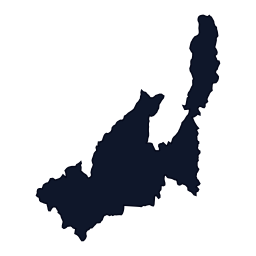 Pirajuí, São Paulo, Brazil
{"feature_id": "56859067B50435811412978", "entity_name": "Pirajuí", "entity_type": "district", "adm_level": 2, "iso_a3": "BRA", "parent_name": "Brazil", "parent_adm1": "São Paulo", "projection": "equal_earth", "projection_center": [-49.386, -21.905], "detail": "fine", "context": "isolated", "style": "filled", "palette": "ink", "viewbox_px": 256, "rotation_deg": 0, "n_neighbors": 0, "source": "geoboundaries", "source_scale": "gbopen_adm2", "svg_char_len": 5879}
<svg xmlns="http://www.w3.org/2000/svg" viewBox="0 0 256 256"><path d="M58.2,212.4L59.9,213.8L61.1,215.2L61.5,217.1L62.1,218.5L62.7,219.7L63.4,221.7L62.5,225.6L62.5,227.3L63.9,228.3L65.1,227.9L66.3,227.1L67.3,226.1L68.9,226.0L69.9,225.8L70.9,225.8L72.2,226.6L73.2,227.8L75.8,228.7L75.4,231.3L75.0,233.5L77.2,234.6L78.5,235.7L79.5,237.0L80.6,238.9L81.8,240.6L83.4,240.5L84.6,239.3L85.5,237.9L86.1,236.1L85.6,234.2L85.7,232.1L86.5,231.0L87.2,230.0L88.8,229.4L90.1,227.8L91.9,227.7L93.2,226.4L94.1,225.3L95.1,224.4L96.5,222.7L98.5,222.6L100.0,222.4L101.0,220.8L102.1,219.8L102.8,217.6L104.0,215.4L105.6,214.9L106.6,214.2L108.0,214.6L109.6,215.4L111.4,214.5L112.7,215.3L113.7,214.9L114.7,214.4L116.0,214.7L118.0,214.5L119.8,214.4L121.2,214.6L122.1,213.7L122.6,212.5L123.1,211.0L123.5,209.0L123.7,205.2L139.7,206.2L141.2,206.5L143.3,205.2L145.1,205.5L146.5,204.9L149.3,204.3L150.3,204.6L152.3,205.6L153.4,205.7L153.9,204.2L154.0,202.4L154.3,198.6L154.3,197.2L155.1,195.4L156.3,195.2L158.6,198.2L159.8,197.3L159.8,195.2L158.9,192.9L159.4,191.1L160.7,189.7L160.9,188.1L160.9,186.0L161.9,185.4L163.6,185.6L164.7,184.9L164.7,183.0L164.1,180.8L163.8,178.9L164.1,176.0L165.2,174.8L166.4,175.4L167.1,176.7L168.0,177.5L169.0,177.7L171.3,178.1L172.4,178.4L173.5,179.0L175.1,179.7L176.4,179.7L177.3,181.2L177.6,183.2L178.1,184.4L179.3,184.9L180.5,184.6L182.2,183.4L183.7,184.1L185.2,184.6L186.3,185.4L188.0,187.4L188.1,189.9L189.8,191.0L191.0,191.4L192.5,192.7L194.1,194.7L195.9,195.3L195.8,193.3L196.1,191.7L197.7,191.2L198.6,189.4L197.3,187.9L196.2,187.0L197.1,185.5L198.9,184.8L199.8,183.6L198.9,182.1L198.0,180.3L196.8,179.4L196.4,177.9L195.8,176.4L196.2,174.8L196.3,173.3L197.6,171.3L198.6,169.2L197.3,167.5L196.9,165.7L196.9,163.3L197.0,161.8L198.1,160.5L197.7,158.8L198.0,157.3L197.7,155.7L198.5,154.3L199.8,152.8L199.7,151.1L198.6,150.5L197.7,149.3L197.2,147.8L197.7,146.1L197.7,144.0L198.6,143.4L198.6,141.9L197.6,141.4L196.8,139.9L196.7,137.8L196.5,136.0L197.3,135.0L197.9,133.4L196.9,131.3L196.2,129.9L197.4,128.9L198.4,128.3L196.5,126.1L194.2,122.3L192.1,117.4L194.3,116.5L195.4,115.8L196.5,115.0L197.3,113.9L199.9,114.9L199.9,113.0L198.0,110.1L197.7,108.1L198.8,106.7L199.7,106.1L201.3,106.5L203.1,107.4L204.2,107.5L204.9,106.5L205.0,103.2L206.6,102.5L207.5,101.3L206.8,100.1L207.0,98.2L207.8,96.4L208.6,95.0L209.2,93.4L210.4,91.7L212.0,90.4L211.7,88.4L211.9,86.1L212.0,84.6L212.7,83.0L214.2,82.7L215.9,82.5L217.4,80.7L218.1,78.7L218.3,76.7L217.5,75.5L216.5,74.2L215.4,73.1L215.6,70.5L217.0,69.3L217.6,67.2L218.4,65.4L219.5,63.3L218.9,61.2L217.1,60.9L216.5,59.8L216.1,58.5L215.5,57.4L214.8,55.6L216.7,54.0L217.0,52.2L216.3,50.2L215.6,48.9L214.5,47.3L215.3,44.4L215.6,42.9L216.1,40.6L216.1,39.2L216.1,37.8L217.7,35.9L217.3,32.8L217.0,31.2L216.4,29.2L216.3,27.3L215.0,26.3L214.2,24.6L213.8,23.3L213.5,21.3L211.2,17.2L210.1,16.6L209.3,15.6L207.8,16.8L206.5,16.6L205.3,16.2L203.6,15.4L202.5,15.4L201.0,15.7L199.9,16.1L198.7,17.2L198.2,19.1L198.3,20.7L199.2,22.5L199.5,24.5L199.3,26.4L199.1,28.1L199.4,30.6L199.5,32.7L198.9,34.6L197.4,35.8L194.8,37.0L193.9,38.2L193.0,39.4L192.3,40.9L191.4,42.3L190.9,44.2L190.0,48.4L191.6,51.5L192.9,52.9L192.9,55.5L192.7,57.3L192.2,59.3L191.3,60.1L191.0,61.6L191.1,64.7L190.6,66.7L190.0,68.4L190.4,70.9L191.7,73.1L192.6,75.5L193.1,77.2L193.8,79.0L192.9,80.3L192.9,82.7L193.0,84.1L192.8,85.7L192.0,86.7L190.0,91.1L188.7,92.7L188.0,95.0L189.0,96.9L187.4,98.1L186.7,102.2L186.2,105.0L184.9,106.2L183.1,105.7L184.8,109.3L186.4,109.2L188.2,108.9L189.6,109.3L189.5,111.1L189.1,113.2L188.3,114.9L186.9,116.4L185.8,118.2L184.7,120.1L183.3,121.6L182.1,122.9L181.9,124.5L181.0,126.5L180.0,129.1L179.2,130.5L178.6,132.1L177.7,133.2L176.0,135.4L174.7,136.6L173.8,137.4L172.7,139.2L172.4,140.6L171.4,143.5L169.7,142.9L168.6,142.1L168.0,143.7L167.6,145.2L166.2,145.8L163.1,142.8L161.7,143.8L160.3,143.9L159.0,144.7L158.8,146.3L159.6,148.0L159.6,150.2L158.4,151.1L156.9,150.8L155.8,151.1L154.6,149.9L153.5,147.4L152.6,145.7L152.1,144.0L151.0,143.4L149.2,143.2L147.6,143.2L146.4,142.9L147.4,140.8L147.5,138.8L148.4,135.7L148.4,133.1L148.2,131.4L148.2,128.7L148.4,126.8L148.2,125.0L148.3,123.0L148.9,121.1L148.4,119.6L148.5,117.7L149.5,115.2L151.1,116.1L153.1,115.5L154.3,114.6L155.6,113.1L156.5,112.2L157.5,109.9L158.5,108.2L158.8,104.5L160.3,102.2L161.3,100.4L162.2,99.2L163.3,97.9L163.8,96.0L162.5,95.2L161.6,94.4L159.8,94.3L158.6,94.7L157.2,95.2L155.9,95.6L154.5,96.9L152.7,98.0L150.2,97.9L148.5,95.6L147.0,94.3L145.6,92.6L143.3,92.0L141.6,90.4L141.1,92.5L141.4,94.4L140.7,96.6L140.6,98.6L139.7,100.0L138.8,101.6L136.9,103.5L134.3,108.9L132.6,110.5L130.4,112.0L128.5,113.2L126.3,115.3L124.6,116.2L124.0,118.8L122.4,120.5L120.8,120.3L119.8,120.6L117.5,122.0L116.6,123.1L115.8,124.9L113.5,126.2L112.3,127.8L112.0,130.0L111.3,131.6L110.2,132.5L109.2,133.3L107.7,133.8L106.3,133.5L105.1,134.4L104.3,135.7L103.4,138.1L102.5,141.0L99.9,142.1L98.5,142.1L98.2,144.4L98.7,145.9L96.6,146.3L96.2,147.7L96.7,149.3L96.8,150.8L95.8,151.7L95.0,152.6L94.3,153.7L93.7,156.0L92.5,159.3L92.3,160.7L92.8,162.8L93.6,164.6L92.7,167.3L91.9,169.0L91.2,172.4L91.7,174.8L91.4,176.3L90.1,177.5L88.8,178.3L87.5,177.6L86.6,175.8L85.7,174.9L83.5,173.5L80.6,170.8L80.8,169.3L80.9,167.2L80.2,164.9L81.2,163.4L80.8,161.8L79.8,162.8L78.3,163.9L76.9,164.6L75.7,166.6L71.9,166.6L69.4,167.2L68.3,167.6L66.9,168.6L65.2,170.6L65.8,172.2L66.2,174.0L66.3,176.0L65.8,177.3L64.4,176.3L63.0,174.9L61.8,176.7L60.6,178.1L59.4,178.8L57.4,179.5L55.2,180.2L52.8,178.5L50.5,178.8L49.3,181.5L47.9,183.1L46.3,183.3L44.9,184.1L43.6,185.1L42.9,187.3L42.0,189.1L40.5,188.7L39.1,188.8L37.9,189.5L37.4,191.2L37.5,193.1L36.5,195.5L37.7,196.6L38.9,197.0L39.5,198.2L39.8,200.3L40.7,201.4L42.7,202.1L44.1,202.8L45.7,203.2L47.0,203.4L47.4,204.9L48.0,207.1L48.4,209.4L48.9,210.6L50.2,210.7L51.3,208.6L52.7,206.9L54.8,206.7L56.2,207.2L57.5,209.7L58.6,210.8L58.2,212.4Z" fill="#0f172a" stroke="#020617" stroke-width="1.5"/></svg>